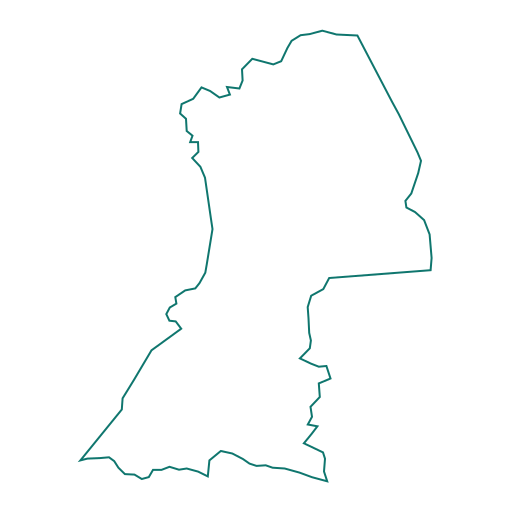 outline of Vertentes, Pernambuco, Brazil
{"feature_id": "56859067B5298585337072", "entity_name": "Vertentes", "entity_type": "district", "adm_level": 2, "iso_a3": "BRA", "parent_name": "Brazil", "parent_adm1": "Pernambuco", "projection": "mercator", "projection_center": [-35.993, -7.889], "detail": "fine", "context": "isolated", "style": "outline", "palette": "teal", "viewbox_px": 512, "rotation_deg": 0, "n_neighbors": 0, "source": "geoboundaries", "source_scale": "gbopen_adm2", "svg_char_len": 1508}
<svg xmlns="http://www.w3.org/2000/svg" viewBox="0 0 512 512"><path d="M227.0,87.0L229.9,94.6L219.4,97.5L210.1,91.0L201.5,87.4L193.2,98.8L181.6,104.1L180.1,113.5L186.0,118.8L186.7,131.0L192.5,135.7L190.2,142.1L198.0,142.1L198.4,151.9L192.2,158.0L200.4,166.8L205.0,177.7L210.9,218.4L212.5,229.1L206.7,264.7L205.3,272.7L199.5,283.1L195.3,288.4L185.2,290.4L175.3,297.1L176.4,303.6L169.8,307.5L166.3,314.1L169.4,320.7L175.7,321.4L181.2,328.7L151.5,350.3L139.1,371.2L134.3,379.3L129.4,387.3L122.6,398.3L121.8,409.5L80.4,460.4L87.4,458.6L99.7,458.1L109.0,457.3L114.2,461.1L118.4,467.7L124.9,474.1L134.5,474.6L141.8,479.0L148.8,477.1L153.0,469.9L161.4,469.9L169.5,466.8L179.0,469.7L186.7,468.5L198.1,471.6L207.8,476.4L209.4,460.4L220.8,451.0L232.3,453.5L242.9,459.0L249.5,463.6L256.5,465.9L265.7,465.3L272.6,467.7L284.7,468.5L299.5,472.6L312.0,477.2L327.2,481.3L324.0,471.5L325.0,458.7L323.0,452.4L303.9,443.3L311.6,433.9L317.4,426.3L307.8,424.5L312.0,416.8L310.5,406.8L319.8,397.0L318.8,383.4L330.5,378.5L326.4,366.0L318.8,366.7L310.9,363.6L299.9,358.4L309.8,348.3L310.9,340.5L309.2,332.9L308.5,318.3L307.7,307.1L311.2,295.7L323.3,289.1L329.2,278.0L430.6,270.2L431.6,258.0L429.6,234.4L424.1,220.1L415.1,212.1L406.4,207.5L405.4,200.9L411.3,193.5L418.2,173.1L421.0,160.8L417.5,152.4L398.8,114.2L392.0,101.7L357.4,35.5L336.5,34.5L322.3,30.7L309.6,34.1L300.6,35.2L291.6,40.8L287.4,48.0L281.2,61.2L273.3,64.4L252.3,58.8L242.0,69.3L242.6,80.5L239.4,88.5L227.0,87.0Z" fill="none" stroke="#0f766e" stroke-width="2"/></svg>